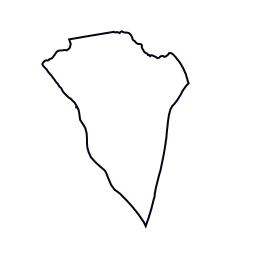 Barcarena, Pará, Brazil (Robinson projection), rotated 167°
{"feature_id": "56859067B39464629703373", "entity_name": "Barcarena", "entity_type": "district", "adm_level": 2, "iso_a3": "BRA", "parent_name": "Brazil", "parent_adm1": "Pará", "projection": "robinson", "projection_center": [-48.636, -1.446], "detail": "fine", "context": "isolated", "style": "outline", "palette": "ink", "viewbox_px": 256, "rotation_deg": 167, "n_neighbors": 0, "source": "geoboundaries", "source_scale": "gbopen_adm2", "svg_char_len": 2409}
<svg xmlns="http://www.w3.org/2000/svg" viewBox="0 0 256 256"><g transform="rotate(167 128 128)"><path d="M165.4,227.6L165.2,226.5L165.2,225.2L165.0,223.8L164.9,222.6L165.5,221.6L166.6,219.3L168.1,218.3L169.2,217.9L170.4,217.5L171.8,218.1L173.2,218.4L174.3,218.3L177.2,218.9L178.5,218.9L179.5,218.7L181.0,217.7L181.8,216.9L185.8,213.4L186.9,212.9L188.1,212.9L189.3,212.6L190.3,211.9L191.5,211.9L192.6,212.4L194.3,212.0L195.2,211.3L196.3,210.6L197.1,209.5L196.8,208.1L196.0,206.4L194.0,203.1L193.1,200.5L192.4,199.3L191.8,197.9L191.0,196.7L190.1,194.5L188.6,191.3L188.0,189.5L186.5,186.8L186.0,185.2L185.4,183.6L184.6,182.6L184.0,181.5L183.4,178.7L182.7,177.1L182.1,175.9L181.2,174.6L180.6,173.5L179.9,172.6L178.9,171.0L176.9,169.0L176.3,168.0L175.9,166.9L174.9,165.7L174.2,164.4L173.2,161.3L173.8,159.8L172.7,159.6L172.1,156.6L172.2,153.3L172.4,151.3L172.8,146.9L172.0,144.4L171.3,142.6L170.6,140.8L169.6,137.0L169.5,132.1L170.3,127.3L171.4,122.3L172.0,118.1L171.8,113.4L170.7,107.8L168.0,103.0L167.0,101.3L163.5,96.3L160.2,91.9L159.4,89.3L158.6,83.9L157.2,76.2L154.9,70.9L152.3,67.9L150.7,66.0L145.4,57.4L143.0,53.1L141.1,49.6L137.1,41.2L133.8,32.8L132.8,28.4L127.9,36.2L123.4,44.0L119.1,52.5L117.6,55.0L116.7,57.9L114.1,63.8L109.6,72.6L108.7,74.4L105.8,79.6L102.9,85.9L99.0,94.5L96.5,100.5L93.2,108.9L92.7,110.1L91.2,115.0L89.1,120.9L87.7,125.0L85.5,130.7L84.7,132.3L82.9,135.9L80.2,139.2L76.7,141.6L73.4,144.4L69.0,148.8L68.1,149.9L67.4,150.8L65.6,152.7L63.3,154.7L62.3,155.7L60.8,156.7L58.9,157.8L59.2,160.3L59.3,161.6L59.2,162.8L59.4,164.3L59.5,166.0L59.5,167.7L59.9,169.0L60.2,170.8L60.5,172.8L61.0,174.3L61.8,177.2L62.2,178.6L63.5,181.8L64.0,182.8L64.9,184.5L65.6,186.3L67.4,189.4L68.3,190.5L69.5,191.4L71.1,191.7L72.2,190.6L73.2,190.1L74.8,189.3L76.7,189.2L77.6,190.3L78.6,190.6L79.8,190.5L80.7,190.2L81.7,189.5L83.6,189.4L84.4,190.4L85.4,191.3L86.6,192.2L87.8,193.2L89.3,193.7L90.3,193.0L91.1,194.4L92.1,194.6L92.3,195.9L93.6,196.9L94.8,198.1L95.4,199.4L95.6,200.6L96.1,201.8L96.4,203.0L96.3,204.2L95.8,205.4L96.3,206.5L97.4,207.1L98.7,207.5L99.7,207.9L100.6,208.8L101.4,210.0L101.9,211.2L103.0,212.2L103.5,213.2L103.6,215.4L103.9,216.7L104.5,218.3L105.8,220.3L107.1,221.0L108.9,221.6L110.0,221.8L111.1,222.5L112.2,223.6L113.6,223.3L114.8,222.4L116.0,223.3L117.3,224.0L118.4,223.8L119.3,224.2L120.3,224.9L150.7,226.8L153.5,226.9L165.4,227.6Z" fill="none" stroke="#020617" stroke-width="2"/></g></svg>